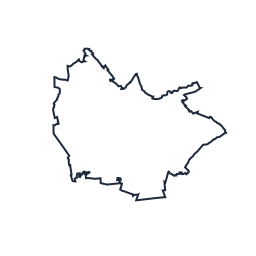 the district of Targu Jiu, Gorj, Romania, rotated 28°
{"feature_id": "2599482B9507292753009", "entity_name": "Targu Jiu", "entity_type": "district", "adm_level": 2, "iso_a3": "ROU", "parent_name": "Romania", "parent_adm1": "Gorj", "projection": "natural_earth1", "projection_center": [23.276, 45.047], "detail": "fine", "context": "isolated", "style": "outline", "palette": "slate", "viewbox_px": 256, "rotation_deg": 28, "n_neighbors": 0, "source": "geoboundaries", "source_scale": "gbopen_adm2", "svg_char_len": 5638}
<svg xmlns="http://www.w3.org/2000/svg" viewBox="0 0 256 256"><g transform="rotate(28 128 128)"><path d="M114.6,192.1L115.2,191.5L119.8,189.4L122.3,188.6L127.3,185.3L129.8,189.5L136.0,187.8L146.6,180.7L144.6,177.9L142.9,179.1L142.8,178.9L143.3,178.4L142.2,177.1L143.2,176.5L143.6,176.8L144.7,176.1L145.3,176.8L145.5,176.6L145.9,177.2L144.8,177.7L146.6,180.2L147.2,179.9L147.5,180.4L147.7,180.5L148.8,180.1L149.7,183.8L149.7,185.1L150.1,185.3L150.2,186.1L152.1,186.2L154.2,185.7L161.0,184.8L163.3,184.3L164.3,185.6L165.0,184.2L165.5,183.7L168.0,182.2L168.2,181.9L169.2,188.0L183.1,178.4L189.6,174.0L193.4,171.6L188.0,166.8L190.0,165.5L185.4,158.4L186.6,158.6L184.2,147.9L184.3,147.4L184.8,147.4L185.9,148.2L186.8,148.4L188.1,148.2L189.5,148.4L190.7,148.0L191.1,148.1L191.4,148.4L191.8,147.8L192.7,147.3L192.4,147.1L192.5,146.8L192.4,146.5L192.6,145.8L194.3,144.9L195.0,144.2L194.4,143.5L194.4,143.0L195.1,142.6L195.5,142.5L196.6,143.4L197.0,143.1L196.3,142.4L196.4,142.2L197.5,143.1L197.9,143.0L198.5,142.6L199.9,140.7L201.1,141.5L201.4,141.2L201.9,140.3L202.0,138.6L202.3,137.9L200.9,137.0L200.3,137.0L198.9,136.4L196.9,136.0L197.0,135.1L196.7,134.7L197.3,131.0L197.3,130.2L197.0,128.0L197.0,127.3L197.8,124.2L198.6,122.6L198.7,120.2L199.8,117.2L200.3,116.1L202.0,108.3L202.6,107.2L205.0,105.7L205.9,104.8L206.5,103.2L207.2,102.3L208.0,100.5L208.9,97.8L209.7,97.4L210.0,97.0L210.4,96.2L210.7,95.0L211.1,94.3L212.9,93.0L214.6,89.8L215.3,88.0L216.9,86.2L215.2,85.5L215.0,84.7L214.5,84.1L213.9,84.1L212.5,83.4L211.6,83.2L210.8,82.6L209.9,82.2L209.0,81.9L208.3,82.0L206.5,81.3L205.9,81.4L205.6,81.7L204.5,81.7L202.9,81.2L201.8,81.3L200.5,81.1L198.7,80.5L196.9,79.5L196.4,79.4L195.2,79.5L195.1,81.1L182.3,82.6L182.2,81.2L182.1,80.9L181.3,82.0L180.4,82.6L178.8,84.7L175.9,83.4L174.8,84.7L173.5,84.1L173.4,83.4L168.2,82.0L168.7,81.2L166.6,80.7L163.8,79.5L164.2,79.0L163.1,78.4L163.3,78.2L163.1,78.1L163.9,77.2L164.7,77.6L166.0,75.5L166.0,75.4L165.9,75.4L166.3,74.5L165.6,74.2L165.7,73.9L165.0,73.4L163.9,73.0L163.6,73.1L162.0,72.6L162.6,71.6L163.2,71.0L170.2,64.5L172.7,60.0L173.4,58.5L172.3,58.9L170.7,57.5L167.2,55.2L166.8,55.8L166.5,56.0L166.1,56.8L164.4,57.8L164.0,58.1L163.9,58.5L164.7,59.6L164.3,59.9L164.1,60.3L164.2,60.7L162.5,61.9L161.5,62.1L160.7,64.7L160.5,64.9L156.8,66.9L156.4,67.6L156.0,68.0L155.2,68.2L154.7,67.9L154.3,69.1L154.6,70.3L154.5,71.7L154.1,72.2L153.6,72.6L151.7,73.1L151.1,73.6L151.0,74.3L150.3,74.7L150.6,76.2L150.4,76.5L149.9,76.8L149.4,76.8L149.0,76.7L148.3,76.1L147.7,76.0L147.0,76.1L146.4,76.5L146.0,77.2L145.9,78.1L146.8,79.7L146.6,80.7L146.1,81.4L144.7,82.0L144.0,82.7L143.3,83.3L143.1,84.1L143.6,85.0L142.5,86.8L140.3,88.8L137.2,90.1L135.8,90.5L135.6,90.5L135.5,88.6L135.2,88.8L133.0,88.8L130.8,89.1L129.1,89.1L128.5,88.7L127.3,89.0L125.1,87.9L122.5,87.7L121.9,87.1L121.7,86.6L121.4,86.2L120.7,85.7L120.5,85.0L118.6,84.0L117.7,83.2L117.5,82.9L116.6,82.2L114.7,80.1L113.8,79.3L113.3,78.7L111.5,77.4L110.3,76.0L110.1,76.2L109.8,76.4L110.3,77.5L109.9,77.7L109.5,77.8L109.4,78.0L108.8,86.0L108.4,86.4L108.5,86.9L108.2,87.0L107.9,88.3L106.8,90.8L106.9,92.8L106.8,93.6L106.3,94.5L106.0,94.8L106.0,95.1L105.6,95.6L105.7,95.2L105.2,95.9L104.4,96.5L104.1,96.4L103.8,96.6L103.8,96.4L104.4,95.3L103.4,95.1L101.8,94.2L100.2,95.5L96.1,94.3L93.1,94.1L92.1,93.8L91.0,94.0L90.7,94.7L90.4,94.6L90.3,94.4L89.5,94.2L89.4,93.8L90.7,93.0L91.2,93.0L91.1,92.8L91.5,92.3L92.0,91.6L92.3,91.8L92.5,91.8L92.6,91.0L89.5,89.3L82.9,86.7L83.4,85.9L78.7,83.5L78.7,83.8L78.4,84.1L78.4,84.7L78.2,84.9L78.5,85.2L78.2,86.3L78.4,86.7L78.2,86.7L76.7,85.6L76.4,86.0L73.1,84.2L69.5,82.6L69.5,82.4L67.1,82.0L64.0,80.9L63.4,80.6L63.4,80.4L63.2,80.3L61.7,80.0L61.9,79.5L62.4,78.8L62.3,78.6L61.7,78.5L61.6,78.2L60.3,78.1L59.6,77.9L59.5,77.2L57.3,77.6L56.7,76.4L55.0,77.0L52.5,78.4L52.6,79.5L52.5,80.4L53.0,80.3L53.4,80.7L53.6,81.1L54.5,82.0L55.6,82.5L55.6,82.9L55.9,83.4L56.3,83.6L57.0,83.6L55.9,84.3L56.4,84.8L55.8,85.2L56.1,85.7L56.0,85.8L56.0,86.5L56.5,87.4L56.5,87.9L56.8,88.8L57.4,89.2L57.8,89.1L57.9,89.3L57.9,89.5L58.4,89.5L57.7,90.0L57.5,89.9L57.4,90.0L57.0,90.5L57.0,90.8L56.3,91.7L56.0,91.8L53.7,91.7L53.1,91.3L52.4,90.4L52.2,90.6L52.0,92.0L51.5,93.5L50.9,94.7L49.3,97.3L49.1,98.5L48.1,100.7L47.5,101.0L45.5,101.5L46.7,103.7L50.0,108.3L51.1,109.6L52.5,114.3L48.6,115.3L48.3,115.7L44.2,117.2L40.6,117.2L39.1,117.6L39.3,118.2L40.2,119.4L40.5,120.1L43.9,126.3L46.5,125.4L48.5,125.4L49.3,125.5L49.8,126.1L51.4,129.3L51.4,129.5L50.9,131.1L51.2,131.7L51.3,131.9L51.5,132.7L51.5,134.6L51.5,134.8L51.9,135.2L51.9,136.8L51.4,138.3L51.3,139.6L51.0,140.5L50.9,141.2L51.1,141.4L51.6,141.9L52.1,142.0L52.5,142.8L52.5,143.6L52.6,144.0L52.9,144.2L52.6,145.1L52.9,145.7L53.3,147.1L56.8,151.3L58.7,153.5L60.2,151.6L63.6,155.5L63.4,155.6L64.7,157.0L64.1,157.5L63.7,157.5L62.9,158.1L62.1,160.0L61.5,160.5L60.9,160.6L64.5,167.1L64.9,167.7L66.1,168.5L78.7,174.7L89.2,180.1L88.9,182.8L90.9,184.0L90.8,184.3L91.6,185.8L91.8,186.0L92.6,187.3L93.6,188.3L93.9,188.6L94.4,187.9L95.1,189.0L100.1,195.7L99.5,196.4L103.7,200.6L103.9,200.8L104.4,200.8L106.6,199.8L105.8,199.2L104.8,197.8L105.8,196.3L105.7,196.0L106.1,195.8L104.8,193.2L104.7,192.5L104.7,191.9L105.3,191.8L106.5,190.6L106.8,190.6L107.5,192.4L107.6,192.6L107.2,192.7L107.8,194.1L108.6,193.8L108.1,192.5L108.3,192.4L108.4,192.6L108.8,192.3L108.7,190.9L109.2,190.5L108.9,188.8L109.2,188.4L109.3,187.8L109.7,187.7L109.7,187.1L110.3,187.1L110.2,188.6L111.0,188.9L111.0,188.5L111.6,187.1L111.9,186.8L113.5,186.0L113.8,185.5L114.0,185.6L114.7,185.1L114.9,185.2L114.9,185.4L113.2,188.3L113.1,189.0L113.3,189.6L113.2,190.0L114.0,191.4L114.4,192.0L114.6,192.1Z" fill="none" stroke="#1e293b" stroke-width="2"/></g></svg>